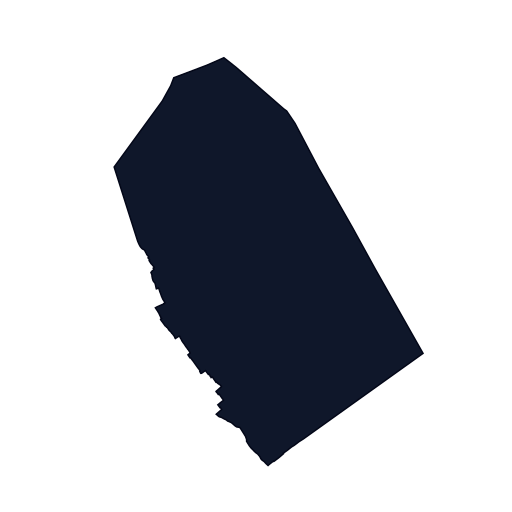 outline of Krasae Sin, Thailand, rotated 156°
{"feature_id": "78962969B29220890850544", "entity_name": "Krasae Sin", "entity_type": "district", "adm_level": 2, "iso_a3": "THA", "parent_name": "Thailand", "parent_adm1": "", "projection": "natural_earth1", "projection_center": [100.354, 7.607], "detail": "fine", "context": "isolated", "style": "filled", "palette": "ink", "viewbox_px": 512, "rotation_deg": 156, "n_neighbors": 0, "source": "geoboundaries", "source_scale": "gbopen_adm2", "svg_char_len": 5047}
<svg xmlns="http://www.w3.org/2000/svg" viewBox="0 0 512 512"><g transform="rotate(156 256 256)"><path d="M223.6,450.3L258.6,452.3L264.7,446.2L278.6,435.7L349.4,395.0L358.0,318.4L358.1,317.2L358.1,314.5L358.0,312.8L357.9,311.7L357.6,310.6L357.2,309.3L356.7,308.4L355.9,307.4L355.6,306.9L355.5,306.7L355.4,306.4L355.4,306.1L355.4,305.6L355.3,304.3L355.2,303.4L355.2,302.2L355.2,301.8L355.1,301.4L354.8,300.2L354.7,300.1L354.5,299.8L354.4,299.7L354.3,298.8L354.3,298.7L355.3,298.4L355.4,298.2L355.1,297.0L355.0,296.8L354.8,295.6L355.5,295.3L355.2,293.1L355.0,292.1L355.0,291.8L354.9,291.5L354.7,291.2L354.5,290.5L354.3,289.7L353.9,288.4L353.7,287.9L353.6,287.2L353.6,286.9L354.6,286.8L354.8,286.8L354.9,286.7L354.8,286.1L354.7,285.4L354.7,285.2L354.8,285.2L355.1,285.1L355.6,284.9L356.1,284.8L356.8,284.7L357.1,284.5L357.2,284.4L357.4,284.2L357.7,284.1L358.4,283.9L358.6,283.8L358.7,283.7L358.7,281.8L358.8,281.2L358.9,280.8L359.0,280.5L359.1,280.1L359.3,279.7L359.4,279.4L359.5,278.8L359.7,278.0L359.8,277.6L360.0,275.8L360.1,275.5L360.0,274.9L359.9,274.3L359.8,273.9L359.5,272.7L359.3,272.2L359.2,272.1L359.3,271.9L359.5,271.5L359.5,271.0L360.0,268.7L360.3,267.3L360.4,266.5L359.7,266.4L358.7,266.4L358.3,266.5L358.1,266.5L358.1,264.6L358.4,262.2L358.4,261.1L358.7,257.5L358.7,257.0L358.7,255.4L358.7,254.1L358.3,251.8L358.2,250.2L358.3,250.1L359.5,250.1L359.5,249.8L359.6,249.7L360.0,249.7L361.5,249.8L361.9,249.8L362.6,249.8L363.9,249.8L367.4,249.8L368.2,249.7L369.0,249.6L368.9,249.2L368.8,248.6L368.7,248.0L368.7,247.8L368.4,246.3L368.1,243.9L368.0,243.5L368.0,242.7L368.0,241.2L367.9,240.1L367.8,239.7L368.0,239.5L368.0,239.3L368.0,239.1L367.9,238.2L367.7,237.3L368.9,237.1L369.0,237.0L369.0,236.9L368.9,236.1L368.8,235.4L368.7,235.1L368.3,233.4L367.4,229.1L367.3,228.9L367.1,228.7L366.9,228.4L366.6,227.2L366.2,226.9L366.1,226.3L365.9,225.5L365.8,224.7L365.8,224.3L365.7,223.9L365.2,222.4L364.9,222.2L364.8,222.3L364.9,222.2L364.8,221.8L364.4,220.1L364.4,219.8L364.3,219.6L364.1,219.2L363.8,218.2L363.2,215.3L363.2,215.2L363.3,215.0L363.3,214.6L363.4,214.3L363.4,214.2L363.3,213.9L363.2,213.4L361.4,213.7L360.6,213.8L358.6,214.2L358.4,214.1L358.3,213.8L358.3,213.6L358.5,213.3L358.5,213.2L358.4,212.2L358.4,211.6L358.2,210.5L358.2,209.9L358.2,209.0L358.2,208.7L358.1,208.1L357.8,206.4L357.6,205.7L357.5,205.2L357.4,204.8L357.3,204.2L357.0,202.2L356.8,201.2L356.4,199.6L356.3,198.8L356.2,198.4L355.9,197.4L355.8,196.5L355.7,195.9L355.6,195.4L355.6,194.2L358.4,193.4L358.1,191.7L357.9,190.7L357.7,189.7L357.4,189.6L357.2,189.5L357.1,189.3L357.0,189.1L357.0,188.9L356.6,187.2L356.5,186.8L356.5,186.5L356.4,186.3L356.3,186.0L355.0,179.5L354.5,177.1L354.2,176.2L354.0,175.0L353.8,174.2L353.7,174.0L353.8,173.9L354.2,173.6L354.3,173.5L354.2,172.8L354.3,172.1L354.1,171.2L353.4,171.0L352.2,171.2L349.0,171.9L348.8,171.9L348.7,171.9L348.6,171.7L348.5,171.4L348.6,171.1L348.6,170.9L348.6,170.7L348.4,170.3L348.4,170.2L347.8,167.6L347.7,167.1L347.1,167.1L346.9,167.1L346.6,165.6L346.8,165.2L346.4,163.3L346.4,163.2L345.3,163.5L345.2,163.5L345.1,163.4L344.6,160.6L344.5,160.1L344.3,159.0L344.2,158.5L344.1,158.3L344.1,158.0L343.9,156.8L343.8,156.7L343.7,156.7L343.2,156.8L343.1,156.7L342.8,155.3L342.7,155.3L342.7,155.2L342.4,155.2L341.9,153.7L341.7,153.6L341.4,153.3L341.1,152.4L340.9,151.8L340.7,151.1L340.6,150.9L340.7,150.7L342.7,150.1L343.3,149.9L346.1,149.0L347.5,148.6L347.7,148.4L347.1,146.7L347.1,146.4L346.8,145.0L346.8,144.8L346.7,144.7L345.9,144.9L345.7,144.2L344.9,140.0L344.5,138.4L344.4,137.5L344.4,137.4L348.6,136.4L349.9,136.0L350.7,135.8L351.4,135.6L350.6,132.1L350.2,132.2L349.9,130.6L349.8,130.0L349.8,129.7L352.3,129.0L352.6,128.9L356.2,127.8L356.7,127.6L356.1,126.4L355.6,125.2L355.1,124.3L354.9,124.0L353.3,122.7L352.9,122.2L351.4,120.2L350.2,118.8L349.8,118.4L349.5,117.8L349.5,117.7L349.4,117.5L349.2,117.0L349.1,116.8L348.9,116.6L348.1,115.8L347.5,115.2L347.4,115.0L347.0,114.6L346.6,114.2L346.4,113.9L346.1,113.4L345.7,112.6L345.1,111.3L344.2,109.3L343.7,108.5L343.2,107.8L343.0,107.6L342.8,107.4L342.2,107.1L340.9,106.2L340.6,106.1L340.5,105.9L340.4,105.8L340.4,105.3L340.1,103.6L339.9,102.1L339.6,100.1L339.3,98.0L339.2,97.0L339.0,96.1L339.0,95.5L339.0,94.9L339.1,93.8L339.2,92.6L339.3,92.1L339.6,91.4L339.9,90.6L340.0,90.5L339.9,90.0L339.7,88.3L339.5,87.0L339.3,85.4L339.1,84.7L338.8,83.4L338.6,82.6L337.7,80.3L337.5,79.9L337.2,78.8L336.9,78.1L336.7,77.6L336.4,76.9L336.2,76.4L335.6,75.5L335.2,74.7L335.0,74.4L334.8,73.7L334.5,72.6L334.3,72.1L334.2,71.4L334.1,70.8L334.0,68.8L333.9,68.5L333.9,68.2L333.6,67.4L333.4,66.9L333.3,66.7L332.7,65.8L332.3,65.1L332.1,64.7L331.5,62.8L331.2,62.0L330.2,59.7L328.7,60.2L326.4,60.8L323.3,61.6L323.2,61.1L322.5,61.2L320.9,61.6L318.2,62.2L316.3,62.7L314.3,63.3L311.3,64.2L311.4,64.8L309.5,65.1L306.6,65.7L305.3,66.0L302.3,66.8L300.6,67.2L300.2,67.2L298.0,67.5L296.7,67.8L294.5,68.3L292.6,68.8L287.2,69.6L143.0,99.1L152.3,194.9L156.3,242.8L163.1,310.5L166.4,361.3L169.0,376.0L170.9,379.3L197.5,436.5L204.7,450.2L223.6,450.3Z" fill="#0f172a" stroke="#020617" stroke-width="1.5"/></g></svg>